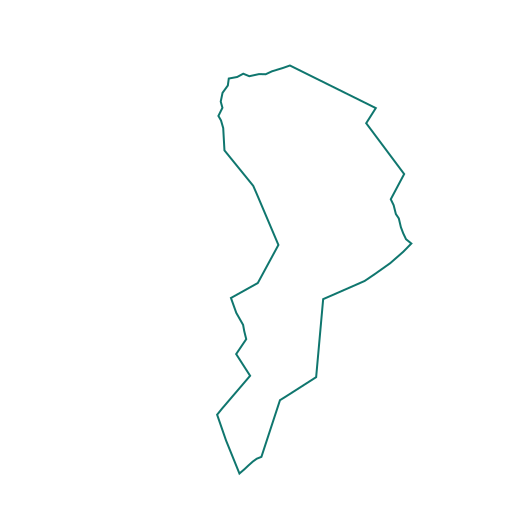 outline of Olho D'Água do Piauí, Piauí, Brazil, rotated 214°
{"feature_id": "56859067B64326176741093", "entity_name": "Olho D'Água do Piauí", "entity_type": "district", "adm_level": 2, "iso_a3": "BRA", "parent_name": "Brazil", "parent_adm1": "Piauí", "projection": "mercator", "projection_center": [-42.549, -5.829], "detail": "fine", "context": "isolated", "style": "outline", "palette": "teal", "viewbox_px": 512, "rotation_deg": 214, "n_neighbors": 0, "source": "geoboundaries", "source_scale": "gbopen_adm2", "svg_char_len": 843}
<svg xmlns="http://www.w3.org/2000/svg" viewBox="0 0 512 512"><g transform="rotate(214 256 256)"><path d="M239.4,445.6L334.4,432.9L338.7,427.1L346.0,418.1L349.6,412.1L355.2,408.5L362.1,401.3L368.5,400.0L371.7,393.9L377.8,387.9L374.7,381.6L375.0,372.6L371.6,364.3L366.7,360.1L365.5,351.1L360.8,348.8L354.7,343.7L341.2,325.9L297.5,312.6L289.8,307.7L243.6,277.7L239.4,234.6L253.3,207.2L240.5,197.8L228.2,191.7L223.8,187.2L217.6,181.6L217.6,163.6L193.9,153.4L198.8,110.7L199.5,102.7L177.8,86.4L148.1,66.4L146.3,73.0L145.1,78.3L143.7,83.8L142.0,88.4L139.2,92.5L155.5,149.9L152.8,155.9L138.4,189.2L176.2,257.8L152.0,296.0L147.3,307.7L140.7,325.2L136.3,341.8L134.2,353.2L141.0,353.8L146.6,357.1L152.0,360.9L158.6,367.0L163.5,369.0L170.3,375.1L176.0,378.4L179.0,406.8L238.9,427.7L239.4,445.6Z" fill="none" stroke="#0f766e" stroke-width="2"/></g></svg>